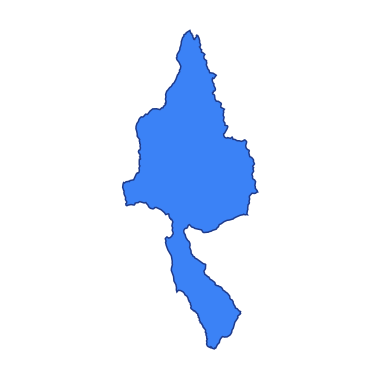 the district of Pachitea, Huánuco, Peru, rotated 167°
{"feature_id": "86281439B39001468378373", "entity_name": "Pachitea", "entity_type": "district", "adm_level": 2, "iso_a3": "PER", "parent_name": "Peru", "parent_adm1": "Huánuco", "projection": "natural_earth1", "projection_center": [-75.872, -9.94], "detail": "fine", "context": "isolated", "style": "filled", "palette": "blue", "viewbox_px": 384, "rotation_deg": 167, "n_neighbors": 0, "source": "geoboundaries", "source_scale": "gbopen_adm2", "svg_char_len": 6059}
<svg xmlns="http://www.w3.org/2000/svg" viewBox="0 0 384 384"><g transform="rotate(167 192 192)"><path d="M150.6,340.4L151.2,343.1L152.1,343.8L152.5,343.6L152.5,342.7L152.9,342.0L154.3,341.3L155.1,340.0L155.8,340.3L156.3,343.0L156.1,344.4L156.6,344.9L156.7,346.6L157.4,347.0L157.6,347.6L157.7,349.9L161.8,348.5L162.5,347.5L164.4,347.1L165.1,345.3L166.3,344.7L168.7,340.7L168.9,339.6L169.8,337.5L171.4,335.0L171.6,334.0L172.5,332.5L175.3,329.6L176.0,328.4L176.2,326.9L177.0,326.2L176.9,324.3L175.5,321.4L174.6,317.1L175.7,314.4L176.8,313.6L177.0,311.9L178.2,311.0L178.7,310.0L179.7,309.5L182.3,305.4L184.8,302.5L186.5,301.6L188.4,299.5L190.2,298.8L193.2,296.3L193.9,296.0L195.8,292.9L196.0,290.5L197.0,288.5L196.9,286.0L197.6,285.3L197.3,284.6L198.3,284.1L198.1,283.3L199.4,282.3L200.4,282.0L201.3,280.6L202.6,280.8L204.7,279.5L207.9,281.1L211.6,281.8L214.7,280.3L217.9,277.6L219.7,278.3L222.4,276.3L223.5,276.2L224.5,276.6L225.5,276.2L227.3,274.7L228.3,272.9L230.3,271.1L231.7,268.6L232.4,266.2L232.2,263.5L232.3,260.6L232.7,259.6L232.5,258.9L232.8,258.5L231.2,255.0L231.9,253.5L231.7,252.5L232.0,250.9L231.6,250.1L232.4,248.1L232.3,246.6L232.6,245.8L233.5,244.6L234.4,244.6L235.1,243.5L235.1,242.4L234.8,241.7L234.8,241.2L234.3,240.7L234.2,239.9L234.6,238.2L235.1,238.0L234.8,237.3L234.9,236.3L234.7,235.8L235.1,235.5L235.9,235.7L236.3,234.6L237.3,230.2L236.9,229.2L238.3,227.2L238.3,225.4L239.0,223.5L239.8,222.7L240.7,222.9L241.1,222.5L241.4,222.7L242.2,222.1L246.1,217.0L249.8,217.1L250.9,216.3L251.5,216.8L253.0,216.6L253.7,216.9L255.8,216.0L256.5,216.6L257.4,215.2L258.5,212.2L258.2,208.7L257.9,208.2L258.5,206.7L258.6,204.9L257.9,201.8L258.6,199.5L257.8,197.2L258.2,196.0L259.2,195.4L259.2,193.9L258.9,193.5L258.3,193.3L257.7,193.6L254.2,193.5L251.3,192.3L250.6,192.7L249.9,193.9L248.1,194.0L247.1,193.7L245.1,194.4L241.1,192.1L239.3,192.1L238.9,190.8L238.1,189.8L237.4,187.1L236.2,185.5L233.8,184.3L232.8,184.5L231.8,185.2L230.3,185.0L226.0,181.6L223.5,178.1L222.7,175.9L220.1,176.1L219.5,175.6L219.8,173.8L219.5,171.5L218.8,171.0L218.8,170.0L218.0,169.8L217.4,167.4L217.5,166.8L218.0,166.2L219.2,163.5L218.9,161.5L219.9,159.3L219.5,156.6L219.8,155.4L220.4,155.1L221.8,153.4L223.8,152.4L225.2,152.4L226.5,153.9L228.2,152.9L228.6,152.4L228.3,150.0L229.1,149.0L229.1,145.6L228.5,141.0L226.5,134.5L226.8,129.0L227.4,126.9L227.4,125.7L229.2,122.3L229.8,120.3L229.0,113.9L229.6,109.3L228.5,105.4L228.6,102.6L229.3,100.1L229.2,98.0L227.4,99.3L225.2,98.5L223.1,96.6L222.2,94.9L222.0,93.4L220.4,91.7L219.8,89.9L219.7,87.4L219.3,86.8L219.5,86.0L218.5,84.2L218.9,82.6L218.5,81.7L218.5,80.9L219.3,79.4L219.0,78.4L217.7,76.9L217.3,75.9L216.1,75.6L216.0,74.8L215.3,74.3L214.8,73.0L213.9,72.1L214.0,70.4L213.6,69.9L214.0,68.3L213.3,67.7L213.4,66.0L213.8,65.3L213.1,63.9L213.4,62.9L212.9,62.7L212.6,61.9L212.2,61.7L212.2,60.9L211.5,59.3L211.7,58.1L210.9,57.1L211.0,56.7L209.9,54.8L210.0,53.5L210.6,52.5L210.0,51.6L210.2,51.1L209.9,50.7L210.3,50.5L210.5,49.4L210.2,48.3L210.6,45.7L210.1,45.3L211.4,43.6L211.2,42.3L212.0,40.6L211.7,38.7L211.0,37.7L208.9,36.1L208.4,36.9L207.8,36.2L207.6,35.3L205.6,34.1L204.9,34.4L204.7,34.9L204.0,34.6L201.5,37.7L199.9,38.6L198.9,39.7L198.7,40.6L197.2,42.6L194.9,44.3L192.6,43.2L192.0,43.3L190.5,42.9L187.3,44.0L186.4,44.7L185.0,46.2L184.1,48.4L182.4,50.1L179.6,55.4L175.5,59.2L175.6,60.1L175.1,61.0L172.8,62.0L172.2,62.5L172.5,62.7L171.6,64.6L172.9,65.6L174.3,68.2L175.8,69.2L175.8,71.0L176.4,72.4L176.8,74.6L176.6,76.0L177.3,77.9L178.4,78.6L179.0,79.8L178.7,82.1L180.0,84.9L180.9,86.2L181.9,87.0L182.3,87.9L183.8,89.3L184.4,91.6L185.4,93.1L186.7,93.7L187.2,94.5L188.8,95.2L189.3,95.8L189.8,95.9L190.3,96.6L190.0,97.8L190.2,98.8L192.7,101.9L193.9,102.7L194.8,105.5L196.0,106.1L196.4,107.2L198.0,108.8L198.2,112.2L196.2,114.2L195.0,118.2L195.2,118.6L197.2,119.7L202.5,125.8L203.9,126.8L204.3,128.3L205.4,129.0L205.6,130.3L206.6,132.2L206.2,135.1L206.8,138.7L205.9,140.4L205.6,142.3L206.0,144.4L207.1,145.9L208.2,149.0L208.3,152.3L208.8,153.2L209.0,154.8L208.7,156.3L207.8,157.4L206.6,158.1L205.8,157.9L204.6,158.2L203.1,160.4L201.8,160.8L200.1,157.9L198.4,157.0L197.5,155.9L191.2,152.9L190.5,150.6L189.6,149.8L185.1,149.2L184.1,149.5L182.1,149.5L180.6,150.0L176.8,150.3L175.0,151.9L174.2,152.0L172.8,154.1L170.7,154.5L167.4,155.9L164.2,156.5L161.9,156.3L157.8,156.5L157.4,156.9L155.0,157.6L150.2,158.5L147.3,158.4L146.7,158.7L145.3,157.8L144.0,157.8L143.1,157.4L143.4,158.6L142.0,161.8L141.4,162.7L141.4,163.7L140.2,167.0L139.1,167.7L138.5,168.6L138.5,170.1L137.4,172.2L137.3,174.3L137.0,174.7L137.0,175.1L133.8,177.3L131.3,176.5L130.2,176.6L128.9,177.3L128.0,177.2L128.2,178.6L129.5,181.4L129.1,183.0L129.3,184.2L127.7,187.8L128.3,189.6L129.8,191.2L129.9,192.0L129.4,193.6L129.7,195.5L128.8,197.0L127.4,198.1L127.2,199.6L127.5,200.7L126.5,201.8L127.0,202.6L127.1,203.4L124.8,205.3L125.3,208.2L124.9,209.0L124.9,209.8L126.1,212.2L127.8,213.5L127.8,217.8L126.9,219.2L127.0,219.8L128.4,221.0L129.2,222.4L129.4,223.6L129.2,225.3L127.7,227.9L127.5,229.0L128.6,230.7L129.4,231.0L129.9,230.5L132.6,230.2L134.2,231.2L136.6,231.9L138.4,233.6L140.2,234.1L140.2,235.2L140.6,236.5L142.5,235.6L145.0,237.0L145.5,236.7L146.5,236.9L147.9,238.0L148.4,239.9L148.1,241.5L147.1,241.9L143.7,245.6L142.5,247.4L142.4,248.0L142.7,248.6L144.9,249.6L144.4,251.9L145.1,253.3L145.3,254.7L143.9,257.7L144.4,259.3L143.7,261.7L143.1,262.6L143.2,264.0L141.8,265.4L144.9,268.1L144.5,269.7L143.6,271.1L143.7,272.0L146.0,274.5L147.9,275.0L148.7,277.3L148.3,281.0L148.7,282.1L149.5,282.5L149.8,283.6L149.7,284.1L148.8,284.4L148.4,285.4L147.6,285.3L146.7,285.7L146.1,286.7L146.0,287.8L146.8,290.9L146.3,292.5L147.0,293.7L147.2,295.6L146.9,297.5L146.2,298.3L145.8,297.7L145.1,297.7L142.1,300.3L144.7,303.0L148.0,304.3L148.0,306.7L149.1,308.8L148.9,310.1L149.4,311.3L149.3,313.3L148.6,314.3L148.6,315.9L148.3,316.7L149.8,318.4L150.3,319.7L149.9,321.7L148.5,323.2L150.4,325.7L151.3,326.0L151.1,327.6L150.6,328.4L151.4,329.1L151.5,330.3L152.1,331.7L151.2,332.2L150.5,333.4L151.0,336.2L150.5,337.4L150.6,340.4Z" fill="#3b82f6" stroke="#1e3a8a" stroke-width="1.5"/></g></svg>